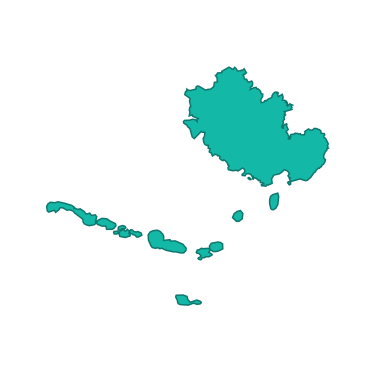 Ba, Western, Fiji, rotated 254°
{"feature_id": "14151628B98370545668292", "entity_name": "Ba", "entity_type": "district", "adm_level": 2, "iso_a3": "FJI", "parent_name": "Fiji", "parent_adm1": "Western", "projection": "robinson", "projection_center": [177.639, -17.315], "detail": "fine", "context": "isolated", "style": "filled", "palette": "teal", "viewbox_px": 384, "rotation_deg": 254, "n_neighbors": 0, "source": "geoboundaries", "source_scale": "gbopen_adm2", "svg_char_len": 6108}
<svg xmlns="http://www.w3.org/2000/svg" viewBox="0 0 384 384"><g transform="rotate(254 192 192)"><path d="M287.6,211.9L282.8,215.7L281.9,215.8L280.3,214.7L274.4,214.4L274.1,213.3L271.4,211.9L269.6,212.1L265.9,210.3L266.2,213.3L264.6,213.5L260.8,218.2L260.2,216.9L258.3,216.3L260.3,215.4L261.8,212.6L261.7,209.5L262.9,204.6L262.1,203.2L260.4,203.1L257.8,205.4L255.3,206.1L253.6,207.5L245.0,207.4L242.7,208.9L247.7,217.6L246.6,218.3L245.9,220.8L242.2,219.4L240.4,217.5L236.5,217.0L234.5,217.4L232.8,218.8L232.4,220.5L229.5,219.7L228.4,221.4L226.2,219.7L225.4,219.8L224.3,221.2L221.0,221.6L221.9,224.6L220.5,226.7L219.7,226.6L219.2,228.1L218.3,228.6L216.7,227.8L214.2,229.5L213.6,230.6L214.1,231.4L212.9,232.7L210.0,234.0L207.9,234.0L207.0,234.9L205.3,233.2L203.3,233.2L201.2,237.1L200.5,241.2L199.5,241.9L201.1,247.2L199.7,248.4L197.9,248.8L196.3,247.7L195.1,245.0L194.1,244.8L193.0,247.5L194.6,249.4L193.8,251.8L192.6,253.4L189.7,254.3L189.4,253.9L189.7,254.7L188.7,254.1L188.6,255.7L187.5,257.5L184.7,259.1L184.4,260.7L182.2,260.3L181.6,262.2L180.8,263.0L180.0,263.4L180.0,260.8L178.9,260.6L177.2,264.7L178.3,266.4L177.7,267.1L178.2,271.4L182.8,272.2L185.7,275.3L185.4,280.8L186.1,283.4L188.0,286.8L186.0,289.6L182.8,290.7L182.5,291.3L182.6,290.4L181.1,288.7L179.1,289.4L178.4,291.0L178.3,289.3L174.8,289.6L174.8,300.2L174.2,300.2L171.7,304.0L171.4,305.9L173.4,310.2L177.0,314.7L177.4,316.2L178.6,317.2L180.1,320.3L179.7,321.1L180.8,322.5L180.6,323.4L182.1,324.5L182.4,326.0L184.6,328.3L186.3,329.2L187.9,328.1L190.4,328.4L193.8,331.1L195.0,333.1L196.1,333.4L196.4,334.5L196.6,334.0L197.7,335.2L199.4,334.8L200.5,336.3L206.6,335.2L208.3,333.9L209.5,334.1L210.2,335.3L211.6,335.3L212.9,332.2L214.9,332.7L216.9,331.7L217.5,330.2L218.4,329.7L219.4,327.3L218.3,324.5L219.1,322.5L220.5,321.3L219.0,317.0L218.2,317.2L216.1,315.8L216.5,313.6L217.5,312.1L218.1,312.2L218.3,310.4L219.1,309.7L220.1,307.5L219.5,306.4L220.0,303.1L219.2,302.0L218.2,302.3L215.9,300.8L216.7,299.4L216.4,298.6L218.0,301.0L218.9,300.2L222.4,299.8L223.3,299.0L224.0,299.0L225.5,301.7L229.8,301.1L231.0,301.9L231.5,301.7L231.3,299.8L230.3,297.8L228.1,297.5L228.5,296.6L230.2,296.1L233.1,298.9L235.3,299.2L236.3,300.8L238.9,301.1L240.3,303.1L241.0,302.2L242.4,303.4L243.8,302.8L243.8,310.8L245.0,310.4L245.7,311.4L247.8,311.1L247.9,312.5L249.8,310.3L248.4,307.9L249.1,308.1L249.2,307.4L249.6,308.0L250.1,307.5L251.0,308.1L251.9,307.0L252.0,307.9L252.8,307.3L253.2,307.8L254.4,306.6L255.4,304.2L257.9,305.7L261.0,305.7L259.9,301.3L261.9,301.1L263.4,302.3L264.3,301.6L264.0,300.8L264.9,300.4L265.1,299.4L264.3,297.4L262.4,295.4L261.3,295.1L260.7,294.0L260.2,290.5L259.1,288.2L259.7,287.7L259.6,286.9L258.9,286.4L258.5,284.6L258.9,283.2L261.7,283.5L264.3,286.2L266.6,287.0L267.5,285.6L270.2,285.6L272.7,284.2L273.4,282.7L274.9,282.5L275.2,280.4L274.5,276.5L275.1,277.1L276.5,276.9L277.2,279.0L278.6,279.9L280.7,280.4L282.2,279.9L282.0,276.7L283.3,275.7L285.1,275.7L285.6,275.1L285.5,274.2L286.4,273.5L289.4,273.7L290.2,273.2L290.9,273.8L290.6,275.3L291.4,275.8L291.5,277.2L296.1,276.0L294.9,274.1L295.6,272.9L295.0,272.0L295.9,268.9L298.3,268.5L300.1,267.3L298.4,265.3L301.8,262.0L299.8,253.9L298.4,253.4L299.4,249.4L297.6,247.6L297.6,246.7L294.5,247.6L292.1,246.8L291.2,247.0L290.6,246.2L291.3,243.8L287.4,242.0L285.8,238.5L285.9,236.2L286.3,235.9L286.2,233.1L291.7,227.9L292.4,226.3L291.7,224.7L289.9,224.4L290.0,218.3L291.3,216.0L292.3,215.5L290.0,214.2L290.2,213.4L287.6,211.9ZM163.0,150.4L164.9,148.0L165.5,143.9L165.2,141.0L163.0,138.1L157.7,136.9L151.6,137.7L149.6,138.5L148.0,141.2L147.8,144.0L146.3,145.4L146.4,147.2L143.1,151.1L139.7,157.4L138.8,160.3L136.6,164.1L135.8,167.3L137.4,170.0L139.6,170.9L144.3,168.8L149.5,162.6L150.8,157.8L152.2,157.7L153.3,151.4L157.3,152.6L159.7,152.2L163.0,150.4ZM221.2,52.9L220.1,50.0L218.1,48.3L213.7,47.7L212.2,48.7L212.4,54.7L210.0,55.3L211.4,58.9L213.2,60.9L212.4,63.4L209.0,66.8L208.6,69.4L206.6,72.3L204.0,73.5L196.1,79.5L193.1,79.1L191.1,79.7L189.6,81.3L187.9,84.0L187.5,89.3L188.5,90.9L190.2,91.2L194.6,93.6L196.7,92.7L197.2,88.9L199.9,87.9L199.8,85.1L200.2,84.0L203.0,83.0L206.7,79.8L206.6,78.3L207.5,76.1L208.3,75.7L208.8,74.2L209.7,74.7L212.2,72.8L216.3,66.5L219.5,60.6L219.5,57.3L221.2,52.9ZM95.6,147.4L91.8,148.1L89.4,147.7L88.0,148.4L86.8,150.2L84.3,157.2L84.7,162.7L82.6,166.0L82.2,168.9L83.0,170.4L84.3,170.2L86.8,166.9L86.5,160.0L89.4,158.4L93.0,158.4L95.5,154.9L97.1,148.3L95.6,147.4ZM191.5,98.1L190.6,93.3L189.0,91.8L187.0,92.1L183.9,96.3L183.0,99.8L179.7,99.6L178.1,105.1L178.8,107.3L180.5,109.6L182.7,109.7L186.5,105.4L189.7,102.8L191.5,98.1ZM167.3,274.1L167.2,268.9L166.2,266.4L163.2,264.5L159.3,263.4L154.3,263.2L153.1,264.0L152.5,265.3L153.3,268.1L156.2,271.0L163.8,274.1L167.3,274.1ZM134.5,182.6L134.8,181.1L132.7,179.4L132.0,179.7L131.0,181.6L128.5,183.0L127.4,182.4L127.0,180.1L126.4,179.5L125.4,180.0L124.5,181.5L124.6,182.5L126.0,183.5L125.4,186.1L126.1,187.2L125.0,190.5L126.0,194.0L126.7,194.0L129.5,191.5L131.0,193.6L132.1,193.4L133.4,192.0L134.4,187.3L135.3,185.5L134.5,182.6ZM135.5,205.6L136.7,203.5L137.4,196.5L135.2,193.8L131.9,193.5L129.0,195.9L128.2,198.2L128.0,200.9L128.8,205.9L133.7,207.1L135.5,205.6ZM160.8,233.5L160.9,230.1L159.5,226.5L156.2,223.9L151.6,226.6L150.9,229.1L152.4,232.9L157.2,234.9L160.8,233.5ZM174.0,119.5L172.8,118.0L172.8,117.1L174.7,116.0L174.3,112.0L172.0,110.3L169.2,110.4L166.7,115.2L166.8,120.2L167.4,120.7L169.4,120.0L171.7,120.8L174.0,119.5ZM166.6,131.8L169.0,128.9L168.9,127.5L169.9,125.3L171.9,124.3L172.6,122.7L171.8,121.2L169.1,121.1L168.3,122.9L167.1,123.5L166.7,124.9L163.9,126.5L163.5,127.9L164.3,131.9L166.6,131.8ZM177.7,118.0L178.9,116.0L178.8,112.2L177.6,111.0L176.1,110.7L174.9,113.0L176.1,114.3L175.2,116.8L175.4,117.7L175.9,118.5L177.7,118.0ZM174.8,110.2L175.6,106.2L175.0,105.6L173.3,105.5L172.4,107.7L172.5,109.4L174.8,110.2ZM174.0,289.4L175.1,288.7L175.2,287.3L174.6,286.5L172.0,287.5L172.3,288.9L174.0,289.4ZM188.9,251.9L190.3,250.7L190.2,249.9L189.5,249.7L187.9,251.0L187.8,251.8L188.9,251.9ZM188.1,255.0L188.3,254.1L187.9,253.7L187.5,254.6L188.1,255.0Z" fill="#14b8a6" stroke="#0f766e" stroke-width="1.5"/></g></svg>